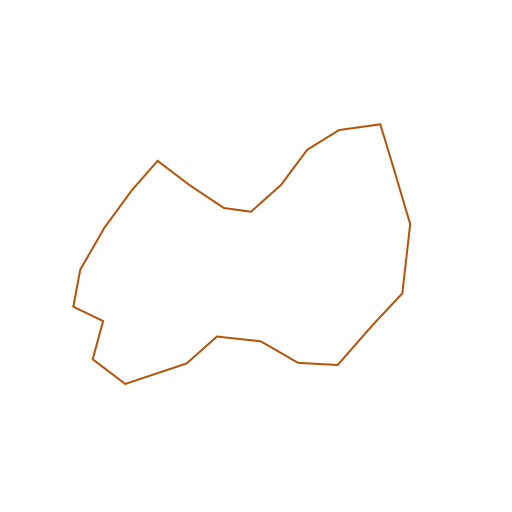 the district of Osan-si, Gyeonggi, South Korea, rotated 120°
{"feature_id": "91817680B96375859106804", "entity_name": "Osan-si", "entity_type": "district", "adm_level": 2, "iso_a3": "KOR", "parent_name": "South Korea", "parent_adm1": "Gyeonggi", "projection": "natural_earth1", "projection_center": [127.056, 37.158], "detail": "fine", "context": "isolated", "style": "outline", "palette": "amber", "viewbox_px": 512, "rotation_deg": 120, "n_neighbors": 0, "source": "geoboundaries", "source_scale": "gbopen_adm2", "svg_char_len": 477}
<svg xmlns="http://www.w3.org/2000/svg" viewBox="0 0 512 512"><g transform="rotate(120 256 256)"><path d="M427.1,345.8L432.2,305.3L383.6,262.3L345.3,249.6L327.5,209.2L327.5,166.2L309.6,130.8L258.5,120.7L215.2,110.6L151.3,138.4L113.0,178.8L79.8,214.2L105.4,247.1L138.5,264.8L182.0,269.9L220.2,282.5L230.5,307.8L227.9,348.3L222.8,388.8L261.1,396.4L307.1,401.4L355.6,401.4L391.3,388.8L388.8,355.9L406.5,351.2L427.1,345.8Z" fill="none" stroke="#b45309" stroke-width="2"/></g></svg>